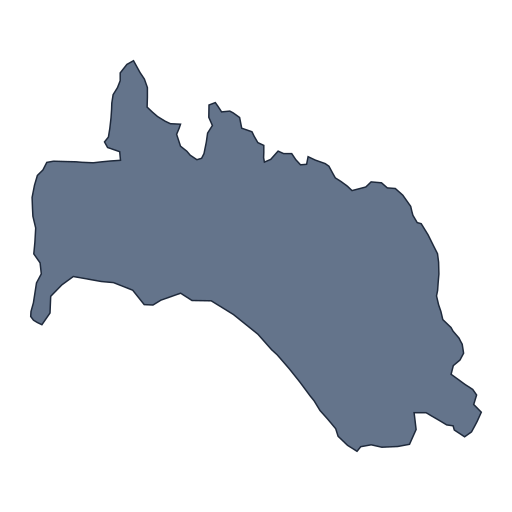 Episkopi Lemesou, Limassol, Cyprus
{"feature_id": "46923920B6268683542966", "entity_name": "Episkopi Lemesou", "entity_type": "district", "adm_level": 2, "iso_a3": "CYP", "parent_name": "Cyprus", "parent_adm1": "Limassol", "projection": "robinson", "projection_center": [32.883, 34.674], "detail": "fine", "context": "isolated", "style": "filled", "palette": "slate", "viewbox_px": 512, "rotation_deg": 0, "n_neighbors": 0, "source": "geoboundaries", "source_scale": "gbopen_adm2", "svg_char_len": 2241}
<svg xmlns="http://www.w3.org/2000/svg" viewBox="0 0 512 512"><path d="M30.7,316.5L33.5,320.2L37.3,322.5L41.9,324.7L50.0,313.0L50.7,296.3L61.8,284.9L73.3,276.5L101.3,281.5L113.5,282.6L132.7,290.2L144.2,304.6L153.0,305.0L161.0,300.1L180.6,293.2L192.0,300.5L211.2,300.8L233.4,314.5L257.9,334.2L271.7,349.8L277.1,354.7L289.3,368.8L299.9,382.1L310.2,396.0L314.1,400.8L320.0,410.5L327.6,419.0L335.7,428.7L338.1,436.3L347.5,445.3L357.0,451.3L357.7,450.5L360.7,446.7L371.2,444.8L381.8,447.2L397.7,446.5L409.5,444.3L416.1,429.5L414.1,412.7L426.1,412.7L431.8,416.1L438.9,420.2L446.7,424.9L453.1,425.8L454.3,430.0L464.6,436.8L471.5,431.9L474.3,426.8L477.1,421.5L481.3,412.2L473.7,404.5L476.6,395.0L472.7,389.4L465.1,384.5L451.1,374.3L453.3,365.6L460.0,360.0L463.6,353.2L462.2,344.2L460.5,341.1L459.0,338.1L453.0,331.1L451.0,327.5L442.8,319.6L440.9,311.5L438.6,304.8L436.5,295.9L437.6,290.5L438.1,283.3L438.9,274.0L438.6,262.2L437.5,253.7L433.7,246.2L428.1,234.9L421.2,223.7L417.2,222.6L412.9,215.3L411.8,211.2L410.7,206.4L405.9,199.6L402.8,195.2L395.3,188.5L387.3,187.9L381.5,182.8L371.1,181.9L365.8,187.0L352.0,190.6L347.4,186.2L341.0,181.5L335.3,177.9L332.9,173.6L328.9,166.2L325.2,163.6L315.3,160.1L308.1,156.7L306.6,164.3L300.5,164.8L295.8,159.7L291.7,153.6L283.6,153.6L278.1,151.1L276.3,153.1L270.7,159.4L264.4,162.1L263.6,157.7L263.8,152.4L263.8,145.4L257.8,142.6L254.1,136.2L252.0,131.8L241.7,128.2L239.6,117.5L233.6,113.2L233.2,112.9L229.8,111.1L221.6,111.9L217.8,106.1L215.3,102.6L209.0,105.0L208.8,117.3L212.4,125.5L207.6,133.1L206.3,142.2L204.0,153.6L201.6,158.3L196.9,159.7L190.2,155.2L186.8,151.2L180.5,146.2L176.6,134.3L179.2,128.1L180.5,124.2L170.4,123.7L165.1,121.2L157.5,116.5L152.5,112.2L147.1,107.1L147.4,97.4L147.4,87.6L144.4,79.1L140.0,72.5L133.5,60.7L126.9,64.4L120.2,72.9L120.2,80.7L117.5,87.6L113.1,94.7L111.8,103.2L111.6,109.3L111.0,118.0L109.8,128.6L108.4,137.1L104.5,141.9L107.6,147.5L119.7,151.7L120.5,160.3L110.3,161.0L101.9,161.8L93.2,162.8L81.6,162.3L76.1,161.8L67.4,161.6L53.5,161.2L46.8,162.4L42.9,170.0L37.4,175.4L34.5,185.2L32.1,197.4L32.5,208.4L32.9,216.2L35.7,228.0L34.9,242.1L33.8,253.9L40.1,262.9L41.3,273.9L36.5,282.9L33.4,302.9L31.0,311.5L30.7,316.5Z" fill="#64748b" stroke="#1e293b" stroke-width="1.5"/></svg>